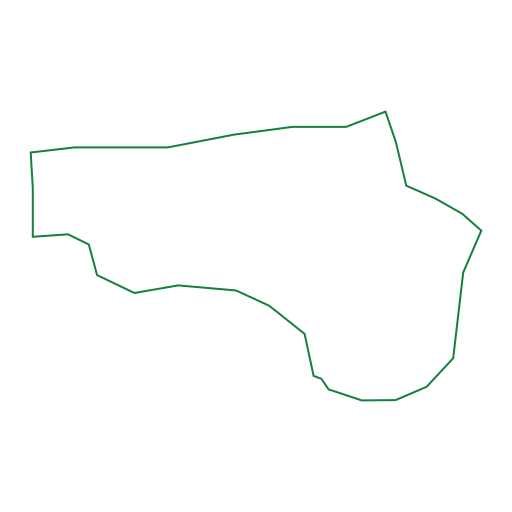 outline of Encamp
{"feature_id": "AND-4880", "entity_name": "Encamp", "entity_type": "state/province", "adm_level": 1, "iso_a3": "AND", "parent_name": "Andorra", "parent_adm1": "", "projection": "robinson", "projection_center": [1.643, 42.533], "detail": "fine", "context": "isolated", "style": "outline", "palette": "green", "viewbox_px": 512, "rotation_deg": 0, "n_neighbors": 0, "source": "natural_earth", "source_scale": "10m", "svg_char_len": 504}
<svg xmlns="http://www.w3.org/2000/svg" viewBox="0 0 512 512"><path d="M481.3,230.7L463.2,272.5L453.2,358.2L426.6,386.8L395.5,400.1L361.7,400.4L328.6,389.4L321.4,378.8L313.6,375.9L304.6,333.9L269.3,305.8L236.1,290.5L178.0,285.4L134.4,293.0L97.1,275.1L88.8,244.5L68.0,234.3L32.8,236.8L32.8,188.3L30.7,152.5L74.3,147.4L113.7,147.4L167.7,147.4L234.1,134.6L292.1,126.9L346.1,126.9L385.5,111.6L395.9,142.2L406.3,185.7L435.3,198.5L462.3,213.8L481.3,230.7Z" fill="none" stroke="#15803d" stroke-width="2"/></svg>